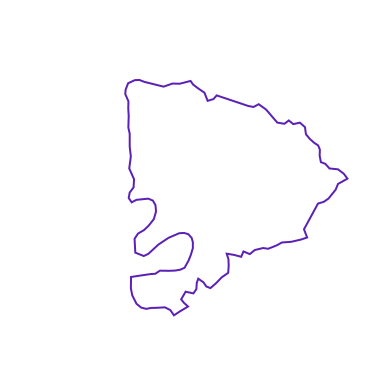 Lidianópolis, Paraná, Brazil (orthographic projection), rotated 219°
{"feature_id": "56859067B67483695110473", "entity_name": "Lidianópolis", "entity_type": "district", "adm_level": 2, "iso_a3": "BRA", "parent_name": "Brazil", "parent_adm1": "Paraná", "projection": "orthographic", "projection_center": [-51.644, -24.072], "detail": "fine", "context": "isolated", "style": "outline", "palette": "violet", "viewbox_px": 384, "rotation_deg": 219, "n_neighbors": 0, "source": "geoboundaries", "source_scale": "gbopen_adm2", "svg_char_len": 1708}
<svg xmlns="http://www.w3.org/2000/svg" viewBox="0 0 384 384"><g transform="rotate(219 192 192)"><path d="M128.4,84.8L126.4,91.2L123.0,100.5L128.6,100.8L132.9,101.8L134.2,110.5L127.1,114.1L127.5,119.3L131.1,124.4L132.6,128.6L126.2,129.0L121.4,127.6L117.2,128.9L115.9,136.4L115.2,144.4L113.0,151.9L117.0,157.7L121.4,162.7L126.2,165.9L119.7,169.6L113.0,172.6L114.6,178.2L108.0,180.1L106.7,186.4L101.5,193.2L97.1,195.8L94.6,200.2L92.4,204.2L90.4,209.3L83.5,215.8L77.4,223.6L73.9,229.1L81.5,233.5L86.8,262.3L83.4,267.3L81.8,272.8L81.8,284.1L83.6,290.2L79.6,300.2L85.4,301.7L92.8,301.5L100.0,296.8L106.2,297.8L110.6,296.3L115.6,300.5L119.3,305.4L123.3,307.6L127.9,307.1L133.9,307.4L139.8,308.6L145.0,313.5L151.8,313.8L156.0,308.5L161.8,308.5L163.1,303.2L169.4,299.6L186.3,302.7L195.4,302.2L197.7,296.8L202.3,294.3L233.6,282.6L233.8,277.7L237.2,272.7L244.8,277.0L252.2,276.4L258.8,276.2L263.0,277.4L269.7,268.4L275.4,264.0L280.4,256.0L298.1,247.7L303.3,246.0L306.8,243.0L310.1,236.3L308.0,229.8L305.5,226.1L298.5,222.5L294.1,216.8L289.0,211.2L282.0,202.0L277.1,198.1L269.0,188.1L261.9,181.1L255.6,170.8L245.0,165.4L240.3,158.8L240.1,152.4L237.4,147.5L232.4,146.0L230.2,151.0L221.8,159.3L217.0,160.7L212.1,158.8L207.6,154.1L204.6,146.9L204.5,138.7L205.3,132.3L207.8,125.7L207.2,119.5L197.9,109.2L189.2,111.9L187.0,116.5L185.0,130.1L181.4,141.6L176.0,151.9L172.4,155.2L168.3,156.9L163.4,156.1L159.8,153.6L156.0,148.9L153.3,142.3L151.5,136.5L150.1,128.4L152.4,124.0L155.8,120.2L160.5,116.1L167.4,110.7L169.1,105.3L172.4,102.3L179.6,94.5L185.9,87.6L178.9,78.7L173.4,74.1L164.8,70.2L158.7,70.2L154.0,72.4L150.8,76.2L147.2,79.2L140.5,85.3L134.6,86.6L128.4,84.8Z" fill="none" stroke="#5b21b6" stroke-width="2"/></g></svg>